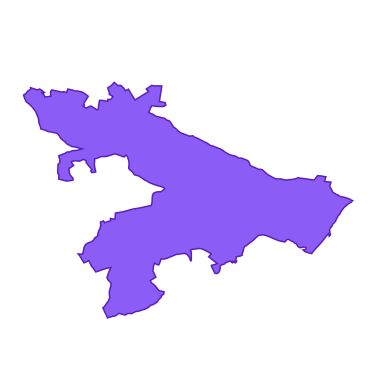 Faragau, Mures, Romania (Natural Earth projection), rotated 175°
{"feature_id": "2599482B54429435544126", "entity_name": "Faragau", "entity_type": "district", "adm_level": 2, "iso_a3": "ROU", "parent_name": "Romania", "parent_adm1": "Mures", "projection": "natural_earth1", "projection_center": [24.539, 46.758], "detail": "fine", "context": "isolated", "style": "filled", "palette": "violet", "viewbox_px": 384, "rotation_deg": 175, "n_neighbors": 0, "source": "geoboundaries", "source_scale": "gbopen_adm2", "svg_char_len": 6056}
<svg xmlns="http://www.w3.org/2000/svg" viewBox="0 0 384 384"><g transform="rotate(175 192 192)"><path d="M337.2,268.1L332.5,266.1L329.7,264.6L326.5,264.0L324.4,263.1L322.4,262.7L321.3,262.1L320.4,261.3L319.4,259.8L318.4,257.3L316.6,255.2L314.8,253.7L312.2,250.6L309.5,249.0L308.1,247.9L304.5,247.0L297.6,244.5L302.7,243.5L307.6,243.6L310.2,242.6L313.2,242.7L315.6,241.3L317.0,241.1L321.6,239.7L321.0,235.9L321.0,233.2L321.2,232.7L323.0,231.4L323.1,231.0L323.6,226.8L324.0,224.7L324.0,222.1L323.8,222.1L323.7,221.7L323.0,220.9L323.4,218.7L323.4,217.3L323.7,216.5L316.4,213.9L314.6,213.8L309.7,214.1L309.3,215.1L309.3,215.6L309.8,216.7L311.6,219.2L312.3,220.6L312.6,225.7L312.4,226.4L310.7,226.8L309.6,227.7L307.6,228.6L307.6,228.9L309.4,231.6L309.2,232.0L309.4,232.7L309.0,233.0L305.7,233.3L301.6,232.5L300.0,232.9L297.4,234.0L294.7,232.5L294.9,230.5L289.8,223.1L290.9,222.1L291.0,221.6L290.1,220.1L287.0,220.1L286.1,220.5L286.7,224.9L286.9,228.7L286.4,230.3L286.1,233.4L283.3,234.0L279.8,235.2L275.0,234.9L272.8,235.1L265.4,236.8L258.9,233.9L257.6,233.0L256.0,233.0L255.6,233.8L256.1,234.2L255.3,234.0L254.3,234.6L253.2,232.6L252.2,228.1L252.3,225.0L252.9,222.0L252.9,220.8L252.5,220.1L249.9,217.5L248.9,216.1L247.9,214.2L243.2,212.4L237.9,207.9L236.1,207.0L235.4,206.3L233.6,205.1L230.0,203.2L225.7,201.3L223.4,200.6L219.8,198.9L219.1,198.3L219.0,197.5L222.9,194.9L225.4,195.2L228.3,194.9L229.6,194.5L230.7,193.7L231.8,191.8L232.7,185.4L233.7,182.2L245.2,180.7L252.8,180.1L262.4,178.3L270.1,177.7L271.0,171.9L273.0,172.0L275.6,172.7L275.6,170.3L277.7,170.1L281.7,169.0L282.6,170.9L285.9,170.0L285.7,167.1L286.6,164.4L286.7,163.3L287.8,162.4L288.2,161.6L289.3,159.1L289.6,157.2L290.4,156.0L291.4,155.6L293.2,154.4L293.6,153.8L293.8,153.0L294.2,152.7L296.7,151.2L301.0,149.9L302.7,148.8L304.4,146.2L304.9,144.2L306.4,139.6L310.8,140.2L309.2,137.8L305.8,130.8L300.9,132.6L300.0,130.8L299.0,127.8L298.2,126.2L297.4,125.3L294.8,120.7L284.9,123.2L279.4,123.9L282.1,119.0L283.8,114.8L284.1,114.6L284.1,113.6L283.1,111.3L281.5,109.5L280.6,107.8L281.2,105.1L282.9,100.6L283.3,97.3L283.1,94.2L285.0,90.2L285.8,89.7L289.4,85.3L290.9,84.5L289.2,79.5L287.7,76.0L287.3,74.0L281.4,75.1L279.0,75.3L275.3,77.5L269.5,75.3L268.9,75.3L267.6,76.2L266.0,76.6L262.6,76.1L259.2,77.6L254.0,78.2L251.8,78.9L248.8,79.4L247.7,80.0L245.8,80.6L243.1,82.7L240.3,83.3L236.1,85.5L236.3,85.9L231.5,90.3L231.6,91.4L229.1,92.6L228.6,95.1L233.2,96.6L234.1,97.3L234.9,98.8L236.0,100.3L236.3,101.1L238.4,103.4L240.1,104.8L241.4,107.4L235.4,110.3L237.8,116.8L236.7,121.8L235.8,123.8L235.4,124.4L233.4,122.8L231.5,122.2L229.7,125.4L228.8,127.9L225.7,127.7L222.4,128.2L213.0,131.2L204.5,131.5L202.0,130.0L201.7,129.5L200.2,126.7L199.5,123.9L199.1,123.4L198.9,123.6L198.4,126.1L197.9,132.4L198.7,134.1L197.7,134.7L191.1,135.1L188.6,134.9L186.9,134.4L183.0,132.1L178.3,128.9L178.3,128.5L179.4,127.5L181.1,126.0L172.9,118.4L179.1,117.2L179.2,116.3L178.6,115.2L177.5,112.1L176.6,110.1L176.6,109.3L175.8,108.8L174.0,108.6L172.5,109.5L171.6,110.5L171.3,111.7L170.6,113.0L170.5,115.8L169.6,116.4L168.3,117.0L166.3,117.3L164.6,118.6L160.9,119.8L159.8,119.8L158.9,118.6L158.0,119.4L157.5,118.1L156.0,119.3L155.6,119.4L155.5,119.1L156.3,118.3L156.1,118.0L155.3,118.0L154.6,117.7L153.5,119.2L153.5,119.6L154.1,120.2L154.2,120.8L153.4,123.7L149.6,123.9L147.5,124.7L147.3,126.7L146.5,127.7L145.2,131.8L144.4,133.0L141.5,134.5L138.8,136.4L135.9,138.0L130.2,142.6L128.9,143.0L125.7,143.1L123.5,142.8L119.8,141.2L110.5,136.2L103.8,134.1L101.6,136.4L99.8,136.4L97.8,134.8L95.2,133.4L94.1,132.0L92.9,131.5L92.5,131.1L91.3,128.6L90.7,127.9L89.7,127.3L88.5,127.0L86.0,127.5L84.1,127.2L83.2,126.1L83.5,125.4L84.4,124.7L86.3,124.8L85.0,123.0L82.8,121.8L78.1,120.2L75.5,123.2L69.1,128.9L65.2,132.8L63.1,135.3L59.9,138.4L59.6,138.6L59.2,136.0L57.8,137.3L58.3,141.6L57.8,143.5L55.5,145.8L54.8,147.4L51.6,150.3L50.4,152.7L49.3,154.0L48.7,155.4L46.8,157.0L44.9,160.0L41.4,163.7L37.3,166.6L33.8,168.2L33.4,168.9L32.7,169.4L34.3,170.2L36.1,171.5L40.5,173.4L45.3,174.8L46.6,176.2L48.8,177.2L51.4,179.3L52.1,180.2L52.9,182.7L54.2,185.3L54.2,186.0L52.7,189.7L59.1,191.0L57.3,195.5L58.8,195.7L59.4,196.1L61.8,196.7L65.5,197.3L69.2,193.2L78.2,195.4L83.8,196.5L84.3,197.0L84.6,197.1L87.9,196.1L89.1,195.9L97.1,195.7L99.0,196.1L102.3,197.3L106.4,197.6L108.9,198.6L114.3,202.2L116.1,203.8L119.7,207.8L121.8,208.7L123.8,208.8L126.7,210.6L130.5,212.5L131.4,213.3L131.8,214.1L133.0,217.6L134.5,218.9L139.6,221.4L142.7,221.8L145.2,223.8L150.2,225.4L151.7,226.2L154.9,228.3L157.8,230.9L159.7,232.2L166.4,235.6L169.8,236.9L172.6,239.4L176.0,241.3L182.0,245.2L185.1,246.6L186.2,248.0L188.9,247.8L190.4,248.2L198.2,252.0L200.4,253.9L202.2,256.2L204.8,258.5L207.3,263.4L208.2,264.6L209.0,265.2L210.2,265.5L211.7,266.4L212.4,267.5L212.8,267.7L222.0,270.9L223.1,272.1L224.7,273.2L226.3,273.8L228.3,275.3L227.0,277.0L226.6,278.3L224.5,281.5L219.5,280.3L213.7,279.7L212.7,279.7L211.9,280.0L211.3,280.6L210.5,280.8L210.9,283.4L216.6,285.0L212.8,300.3L220.2,301.0L223.0,301.7L228.6,298.5L227.7,297.2L227.2,296.9L226.5,295.9L240.7,288.7L241.9,290.8L246.4,300.0L249.3,298.6L251.5,302.1L253.3,304.1L254.2,304.5L255.8,304.5L256.9,304.8L259.9,308.0L263.2,305.0L266.9,303.1L265.4,297.1L265.4,296.8L265.9,296.7L265.8,296.2L265.0,295.9L262.4,293.9L264.5,291.6L265.6,291.3L267.8,291.6L268.2,289.8L273.7,291.1L276.1,291.4L277.7,285.6L278.1,282.7L278.5,282.2L279.2,282.0L284.8,286.2L285.7,286.4L286.6,286.3L290.2,284.8L293.2,287.3L291.6,288.1L292.1,288.7L292.0,289.7L287.0,296.4L290.5,299.6L293.6,301.5L297.7,302.7L299.0,302.7L300.2,302.9L301.6,303.8L306.8,305.4L308.2,302.1L311.3,303.1L313.1,302.9L322.8,305.9L324.0,304.6L324.3,303.5L324.3,299.7L330.4,299.5L330.6,300.7L331.4,302.2L332.2,302.9L333.1,304.1L332.8,304.2L331.9,303.7L331.2,303.6L330.3,303.9L333.4,306.9L335.0,307.9L336.3,307.3L337.5,307.3L343.7,310.0L343.5,309.1L343.6,308.7L346.9,306.8L348.7,304.8L351.3,303.3L350.9,301.0L349.5,296.8L348.8,295.8L346.8,294.1L343.9,290.7L340.7,285.7L338.6,278.8L338.5,274.3L337.2,269.6L337.2,268.1Z" fill="#8b5cf6" stroke="#5b21b6" stroke-width="1.5"/></g></svg>